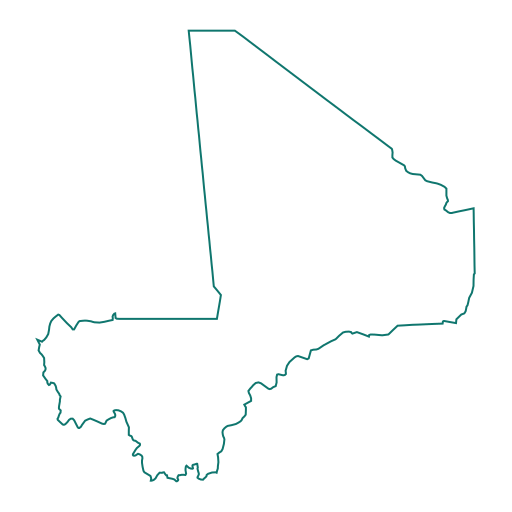 Mali, Robinson projection
{"feature_id": "MLI", "entity_name": "Mali", "entity_type": "country or territory", "adm_level": 0, "iso_a3": "MLI", "parent_name": "Africa", "parent_adm1": "", "projection": "robinson", "projection_center": [-5.437, 17.569], "detail": "fine", "context": "isolated", "style": "outline", "palette": "teal", "viewbox_px": 512, "rotation_deg": 0, "n_neighbors": 0, "source": "natural_earth", "source_scale": "50m", "svg_char_len": 5693}
<svg xmlns="http://www.w3.org/2000/svg" viewBox="0 0 512 512"><path d="M60.5,412.7L60.7,410.4L59.0,408.8L58.9,408.0L59.1,405.9L59.9,401.4L59.9,399.7L60.6,396.4L59.5,394.9L59.2,393.8L57.9,392.0L56.4,389.5L56.1,387.4L55.6,385.8L54.2,383.4L53.1,383.0L50.9,382.6L50.5,383.5L49.7,384.7L48.9,385.0L47.7,383.6L47.3,382.3L47.3,381.1L45.7,379.1L43.1,375.4L43.4,372.4L45.0,370.7L45.5,369.5L45.6,368.1L44.9,366.4L44.1,365.1L44.3,362.1L44.1,358.0L42.8,356.0L41.7,354.5L40.0,352.9L38.6,350.4L39.2,347.0L39.8,344.6L37.3,339.7L42.0,341.7L42.6,341.0L44.2,339.9L46.3,337.4L48.2,334.1L49.0,330.0L49.4,326.5L50.2,323.5L51.3,321.0L53.5,318.4L55.6,316.6L58.2,314.6L59.4,315.0L61.8,317.7L66.9,323.1L71.2,327.2L72.7,329.4L74.1,329.4L76.3,325.4L78.5,322.0L79.5,321.1L82.4,320.8L84.9,320.6L87.0,320.7L91.0,321.3L92.8,321.9L94.5,322.3L99.5,322.6L104.4,321.8L109.1,320.7L112.6,320.0L112.8,318.4L112.6,316.5L113.2,315.0L114.3,313.7L115.2,313.4L115.6,318.0L116.7,318.7L119.8,318.9L124.8,318.9L130.2,318.9L135.6,318.9L141.0,318.9L146.4,318.9L151.8,318.9L157.2,318.9L162.6,318.9L168.1,318.9L173.5,318.9L178.9,318.9L184.3,318.9L189.7,318.9L195.1,318.9L200.5,318.9L205.9,318.9L211.3,318.9L216.9,318.9L218.4,310.0L219.8,301.9L220.9,295.0L217.0,290.2L213.8,286.4L213.1,279.1L212.4,271.5L211.6,264.0L210.9,256.4L210.1,248.9L209.4,241.3L208.6,233.8L207.9,226.2L207.1,218.7L206.4,211.2L205.6,203.6L204.9,196.1L204.1,188.5L203.4,181.0L202.7,173.4L201.9,165.9L201.2,158.4L200.4,150.8L199.7,143.3L199.0,135.7L198.2,128.2L197.5,120.6L196.7,113.1L196.0,105.6L195.3,98.0L194.5,90.5L193.8,82.9L193.1,75.4L192.3,67.8L191.6,60.3L190.9,52.7L190.2,45.2L189.4,37.7L188.7,30.7L196.7,30.7L205.3,30.7L213.6,30.7L225.8,30.7L234.9,30.7L242.9,36.5L250.1,42.0L258.7,48.5L267.3,55.0L275.8,61.5L284.4,68.0L293.0,74.5L301.6,81.0L310.2,87.5L318.8,94.0L327.4,100.5L336.1,107.0L344.7,113.5L353.3,120.0L362.0,126.4L370.6,132.9L379.3,139.4L387.9,145.9L391.8,148.8L392.2,150.0L392.6,152.5L392.4,155.2L392.4,157.5L393.6,159.0L395.7,160.6L404.2,165.4L404.9,166.4L405.2,168.3L406.2,170.8L408.0,172.2L410.1,173.3L412.7,174.0L420.3,174.7L422.0,175.9L425.3,180.3L427.1,181.2L432.2,182.5L435.9,183.2L437.5,183.6L440.8,184.8L444.5,186.8L446.4,188.6L446.4,189.2L446.4,190.8L446.4,195.6L447.1,198.2L447.9,200.1L447.9,201.3L447.0,202.1L446.3,203.1L445.9,204.5L444.9,206.2L444.1,208.0L444.4,209.5L445.9,210.4L448.1,212.2L449.9,213.0L450.7,213.0L451.9,213.0L452.9,212.7L459.3,211.3L465.3,210.1L473.6,208.3L473.7,213.6L473.8,221.6L474.0,230.5L474.1,238.7L474.3,248.1L474.4,255.6L474.5,264.5L474.7,273.4L473.9,274.4L473.6,279.4L473.5,286.0L471.9,292.8L469.2,297.8L468.2,302.5L467.5,305.3L466.5,306.7L466.2,308.5L465.7,311.0L464.8,312.7L464.1,313.5L461.3,314.5L456.4,319.3L456.0,323.1L450.3,322.1L444.2,321.0L443.4,321.1L442.9,321.6L442.6,323.6L434.4,323.9L427.3,324.2L418.5,324.6L412.4,324.8L404.7,325.3L397.6,325.7L392.9,330.1L388.6,334.3L388.3,334.5L382.2,335.3L374.6,334.6L370.7,334.5L369.2,335.0L368.9,336.6L363.3,334.4L356.9,332.1L352.4,333.6L351.7,333.1L351.1,332.1L348.9,331.6L345.5,331.8L343.0,332.5L339.1,335.8L336.1,338.8L335.3,339.4L331.2,341.2L323.6,345.3L319.2,348.3L318.2,348.9L316.3,349.5L313.3,349.7L310.9,350.4L308.7,358.4L307.2,359.2L298.0,356.0L296.2,356.4L294.6,357.4L289.5,362.0L287.0,365.8L285.6,370.8L285.8,372.3L285.9,374.0L285.0,374.9L283.7,375.3L282.6,375.2L278.4,374.2L277.1,374.6L276.5,377.1L276.6,382.5L275.7,386.1L273.1,387.2L271.2,388.7L269.7,389.1L268.4,388.7L261.0,383.3L258.5,382.4L255.7,383.0L253.1,385.3L251.9,386.8L250.2,388.6L248.4,391.0L248.9,393.0L250.2,395.4L251.1,398.3L251.1,400.9L244.3,404.6L244.9,405.8L245.9,407.3L245.9,410.0L245.7,414.7L244.4,416.4L242.6,418.1L241.5,420.3L240.5,421.3L238.5,422.6L235.9,424.0L231.4,425.2L227.7,425.9L226.3,426.7L224.4,428.3L222.9,430.2L222.5,432.2L222.8,434.6L223.3,436.5L224.0,437.8L224.4,439.4L223.9,443.9L222.6,449.0L221.3,451.3L219.2,452.6L217.5,454.0L218.1,457.4L218.4,462.2L217.9,466.1L217.8,468.5L217.0,471.0L216.6,472.7L215.7,472.3L212.0,472.5L208.1,473.8L206.7,474.9L206.4,476.3L205.5,477.3L204.2,478.4L203.0,479.7L200.8,479.5L198.6,478.6L197.5,477.7L197.5,477.2L198.2,475.8L198.8,474.4L198.8,473.5L198.1,471.2L197.5,468.7L197.8,467.5L197.2,463.8L196.9,463.7L194.2,464.6L193.1,464.8L192.6,465.2L192.4,465.9L193.0,468.3L192.6,468.7L191.0,468.6L188.9,467.8L186.5,465.7L185.9,466.4L185.6,468.1L185.5,470.1L186.1,473.7L185.4,475.0L183.8,474.8L181.7,474.8L179.8,475.2L178.6,475.2L177.8,476.5L177.4,478.0L178.2,479.6L178.1,480.3L177.5,480.9L176.8,481.3L176.2,481.2L174.4,479.5L172.4,478.8L167.5,477.8L167.0,475.3L166.2,475.3L165.1,474.0L164.0,472.3L163.0,472.4L162.2,472.8L159.6,472.7L157.3,475.2L155.5,478.4L153.6,480.0L151.6,480.7L150.8,480.7L151.2,478.7L150.9,477.2L150.4,475.9L144.4,472.3L143.5,470.9L142.6,466.9L142.0,462.9L142.0,460.5L142.4,458.4L142.3,456.8L141.6,455.6L139.8,454.4L138.0,453.8L135.6,455.4L134.5,455.7L133.4,455.6L132.9,455.0L132.9,454.2L135.5,449.9L136.8,448.1L138.3,446.8L139.3,446.0L140.0,445.0L140.0,444.2L139.8,443.6L138.1,442.8L135.5,440.8L134.1,440.6L132.9,439.7L131.7,436.5L131.1,436.0L129.9,435.6L128.8,434.9L128.8,430.8L128.9,427.3L126.4,421.7L125.4,418.1L124.1,414.5L123.0,412.7L120.9,411.3L118.4,410.3L116.1,410.1L114.4,410.4L113.6,410.9L113.6,411.5L115.0,413.9L115.3,415.1L115.1,416.4L114.6,417.2L113.3,417.3L111.1,418.0L108.5,419.4L106.6,420.6L105.1,423.7L104.0,424.0L102.2,423.7L97.2,421.4L93.0,419.6L90.2,418.5L88.4,419.2L87.6,419.5L85.1,420.7L81.8,425.2L81.0,426.7L80.3,427.2L79.4,428.0L78.6,428.0L77.9,427.5L77.7,427.2L76.0,423.9L74.2,420.3L72.7,418.7L70.8,418.7L69.1,419.8L67.4,422.1L65.3,424.2L63.9,424.8L62.7,424.5L59.8,421.8L57.8,419.9L57.5,418.9L58.3,417.5L59.0,415.3L59.8,413.5L60.5,412.7Z" fill="none" stroke="#0f766e" stroke-width="2"/></svg>